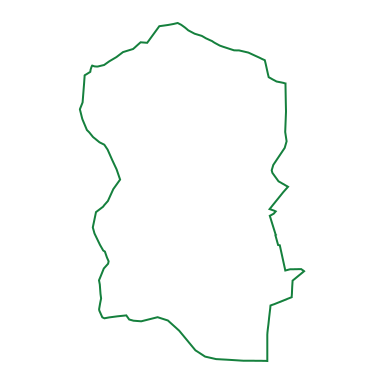 Zalingi, Central Darfur, Sudan (Albers equal-area conic projection)
{"feature_id": "16777658B14482741827107", "entity_name": "Zalingi", "entity_type": "district", "adm_level": 2, "iso_a3": "SDN", "parent_name": "Sudan", "parent_adm1": "Central Darfur", "projection": "albers", "projection_center": [23.544, 13.041], "detail": "fine", "context": "isolated", "style": "outline", "palette": "green", "viewbox_px": 384, "rotation_deg": 0, "n_neighbors": 0, "source": "geoboundaries", "source_scale": "gbopen_adm2", "svg_char_len": 2788}
<svg xmlns="http://www.w3.org/2000/svg" viewBox="0 0 384 384"><path d="M99.4,310.8L102.3,317.3L104.4,318.3L109.2,317.4L117.6,316.3L126.3,315.4L129.2,319.5L133.5,320.7L141.2,321.3L157.6,317.2L167.9,320.5L179.2,330.7L195.4,350.3L205.1,356.6L216.1,359.1L228.8,359.8L242.8,360.7L260.5,360.8L260.8,360.8L265.7,360.9L267.3,361.0L267.3,360.9L267.3,359.4L267.3,348.4L267.3,335.8L267.3,334.6L267.4,333.5L267.4,333.0L267.8,329.2L268.4,324.5L269.2,317.0L270.0,310.2L270.3,307.8L270.3,307.0L270.4,306.4L270.5,306.1L270.5,305.9L270.5,305.5L270.8,305.4L271.8,305.0L274.2,304.2L286.9,299.1L287.3,298.9L289.4,298.1L290.4,297.7L291.0,297.5L291.2,297.4L291.7,297.2L291.7,296.7L291.9,293.9L292.2,287.1L292.6,280.6L299.6,274.9L304.1,271.2L303.9,271.0L303.7,270.9L303.1,270.5L302.8,270.2L302.1,269.8L302.0,269.7L301.6,269.4L301.2,269.1L300.0,269.1L296.4,269.2L290.0,269.3L285.3,270.5L279.8,245.3L278.1,245.0L275.4,235.2L275.8,234.9L275.7,234.8L271.4,221.0L270.9,219.3L269.8,215.8L270.6,215.4L273.7,213.7L275.7,211.4L274.0,210.6L269.6,209.1L271.3,207.0L272.4,205.6L283.3,192.1L288.0,186.8L278.5,181.3L272.4,172.9L271.7,170.3L273.3,164.9L284.7,147.9L286.6,141.3L285.2,132.0L286.0,111.6L285.8,102.3L285.5,85.4L285.5,85.1L285.5,83.5L285.4,83.5L284.8,83.3L284.5,83.2L284.3,83.2L283.8,83.0L283.6,82.9L283.4,82.9L283.0,82.8L281.1,82.4L276.5,81.5L274.9,80.6L272.6,79.4L270.9,78.4L268.7,77.2L267.9,73.9L267.5,72.1L265.7,63.9L264.8,60.2L261.9,58.9L259.5,57.7L255.1,55.7L248.4,52.6L243.7,51.5L239.0,50.4L236.5,50.4L234.0,50.3L230.3,49.1L226.6,47.9L223.2,46.8L219.8,45.6L217.4,44.3L215.0,43.0L213.5,42.1L212.1,41.1L209.8,40.1L207.9,39.2L205.9,38.3L203.9,37.1L201.8,35.9L198.2,34.8L194.6,33.7L191.4,32.0L188.2,30.3L186.5,28.8L184.8,27.4L183.0,26.1L181.2,24.8L179.4,23.9L177.7,23.0L175.5,23.5L173.4,24.0L170.7,24.5L167.9,25.0L163.6,25.6L159.3,26.2L147.2,42.8L140.6,42.3L137.9,44.7L134.7,47.6L133.1,49.0L128.5,50.4L123.0,52.1L116.4,57.1L109.3,61.3L108.6,61.8L104.1,65.0L100.3,65.9L97.9,66.5L96.0,66.5L94.6,66.4L94.3,66.3L94.2,66.3L93.9,66.2L93.4,66.0L93.1,65.9L92.8,65.8L92.2,65.6L91.9,66.0L91.7,66.5L91.5,67.0L91.4,67.2L91.0,68.5L90.6,69.6L90.6,69.9L90.4,70.9L90.4,71.3L90.3,71.7L90.3,71.8L90.2,71.9L90.0,72.0L89.8,72.2L89.4,72.4L86.7,74.1L85.7,74.7L85.1,75.0L84.8,75.2L84.7,75.3L84.6,75.5L84.6,76.0L84.6,76.3L84.3,80.3L84.1,83.3L82.6,102.4L79.9,109.2L79.9,109.4L82.1,118.2L82.5,119.5L86.9,130.0L89.2,132.3L93.0,137.0L99.5,142.3L104.3,144.7L107.6,149.6L112.2,160.0L116.6,169.4L120.1,179.6L113.3,189.1L107.9,201.0L104.2,205.2L103.1,206.7L96.0,212.1L94.1,221.2L92.8,227.4L94.5,233.5L100.0,244.9L103.2,250.5L104.9,251.6L106.9,257.4L108.6,261.3L108.1,263.7L103.8,268.5L100.7,276.2L99.0,280.3L99.8,284.5L100.5,293.9L101.1,298.4L100.1,303.4L99.1,309.2L99.2,310.0L99.4,310.8Z" fill="none" stroke="#15803d" stroke-width="2"/></svg>